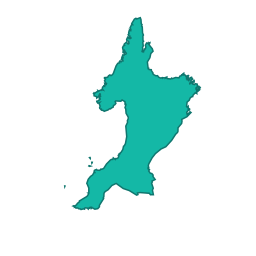 the district of Leyte, Leyte, Philippines, rotated 37°
{"feature_id": "2640588B34650846802583", "entity_name": "Leyte", "entity_type": "district", "adm_level": 2, "iso_a3": "PHL", "parent_name": "Philippines", "parent_adm1": "Leyte", "projection": "mercator", "projection_center": [124.645, 10.874], "detail": "fine", "context": "isolated", "style": "filled", "palette": "teal", "viewbox_px": 256, "rotation_deg": 37, "n_neighbors": 0, "source": "geoboundaries", "source_scale": "gbopen_adm2", "svg_char_len": 5700}
<svg xmlns="http://www.w3.org/2000/svg" viewBox="0 0 256 256"><g transform="rotate(37 128 128)"><path d="M188.4,166.0L184.9,162.9L184.4,160.9L180.1,157.9L179.9,156.5L179.1,155.9L180.7,152.8L177.1,151.7L176.4,150.5L174.4,150.0L173.1,150.7L170.4,149.9L170.2,148.3L169.4,148.2L169.0,148.6L168.6,148.5L168.5,148.3L168.3,148.2L168.0,147.6L168.0,146.8L167.0,146.1L166.2,144.2L165.2,137.2L165.3,132.0L167.0,124.9L169.5,120.2L170.3,111.5L169.8,104.4L170.2,101.8L169.9,100.6L167.8,97.7L168.1,92.1L167.0,90.0L165.7,88.8L168.3,83.5L169.0,77.7L167.8,77.8L167.7,77.9L167.8,78.2L167.8,77.8L168.1,77.9L168.1,78.1L167.3,80.2L168.1,81.6L167.4,81.9L165.4,80.1L165.5,77.7L166.2,76.6L165.9,75.8L165.0,75.8L164.6,76.5L163.0,74.5L162.8,75.7L161.9,75.7L159.6,71.8L160.2,68.9L159.6,66.8L160.0,64.8L160.8,64.0L160.2,62.7L160.5,59.6L162.1,59.1L161.2,58.6L161.2,58.1L160.5,58.1L161.0,57.9L160.7,57.4L161.5,57.6L162.0,55.3L161.3,56.0L160.5,56.4L158.8,56.0L158.2,55.1L158.6,53.1L156.8,51.3L155.0,52.2L154.9,53.4L153.2,54.0L152.6,52.4L151.6,52.1L151.0,53.7L151.5,53.4L152.0,53.6L150.7,54.6L150.8,55.5L151.5,55.8L151.0,55.7L150.3,55.1L150.7,53.3L149.7,52.4L149.9,51.3L149.7,50.9L149.7,50.4L148.5,49.3L147.4,50.3L148.0,51.8L147.7,52.9L148.5,54.1L147.0,53.0L146.2,53.9L145.0,53.2L145.3,52.7L146.6,53.0L146.6,52.1L146.0,51.5L144.6,51.5L144.5,52.6L143.0,50.6L143.7,51.6L143.4,52.0L141.4,51.3L140.7,51.9L139.6,50.7L139.2,52.0L139.9,52.7L138.8,53.3L139.1,54.1L138.2,55.3L138.5,57.3L135.7,58.9L133.8,61.8L132.8,61.9L132.7,63.1L129.5,65.0L128.6,64.8L128.9,64.5L128.5,64.2L128.2,64.9L128.1,64.3L127.0,66.0L125.5,66.9L125.5,67.4L125.0,67.2L124.2,68.4L121.9,69.0L120.1,68.4L118.9,69.5L116.8,69.9L115.1,69.7L114.8,69.0L112.3,68.2L111.5,67.4L109.7,68.6L108.9,68.4L108.6,68.0L108.3,68.4L103.7,63.6L103.2,58.7L101.4,54.8L101.8,51.6L99.7,50.1L95.0,48.9L93.9,47.7L94.4,47.4L94.1,46.7L93.5,47.6L93.6,48.3L92.9,47.9L93.0,48.6L91.7,48.9L92.0,51.5L93.5,52.5L94.1,54.1L93.7,54.9L94.2,55.4L93.9,56.2L94.5,57.6L93.8,57.4L93.6,58.5L93.2,58.5L92.2,55.9L91.0,54.8L90.8,53.3L88.2,50.6L88.2,49.3L87.4,49.2L86.6,48.2L84.5,45.5L84.4,44.5L82.4,43.3L78.5,38.6L77.6,38.5L76.9,36.9L75.9,36.8L73.1,33.6L71.4,32.5L69.3,35.7L68.3,35.6L67.6,37.2L68.1,42.3L69.5,42.7L68.7,43.3L69.3,46.6L71.0,47.7L70.1,48.3L71.4,48.8L70.4,49.7L71.3,51.7L72.1,52.1L71.9,53.3L73.0,54.0L74.1,53.5L74.3,54.3L75.8,54.0L76.2,54.5L75.3,55.1L75.7,55.4L75.1,55.9L73.1,55.7L73.6,58.1L74.5,58.9L76.4,58.4L77.9,60.0L77.7,60.7L77.1,60.9L75.1,60.3L74.5,63.2L74.8,64.0L75.5,64.1L74.9,65.5L75.3,67.1L77.5,69.0L78.2,68.0L79.3,68.5L79.0,69.7L78.2,70.1L78.6,70.7L79.4,70.6L80.5,69.0L81.7,69.3L81.8,70.5L80.8,71.1L81.0,72.3L79.9,72.6L80.5,74.9L81.2,74.3L81.8,74.8L80.9,75.4L81.4,77.1L82.2,76.4L83.6,77.4L82.5,78.5L82.6,79.4L81.9,79.0L81.2,79.3L81.3,80.7L81.9,81.3L80.9,82.5L81.1,85.5L83.5,93.5L83.3,95.5L82.9,96.4L81.6,96.5L81.0,98.0L81.2,99.8L78.9,101.9L79.3,102.5L80.6,102.5L80.8,104.4L82.3,105.0L82.7,106.3L83.3,106.4L83.2,105.8L83.5,105.1L83.6,106.1L83.9,106.1L83.5,105.4L84.1,105.5L84.0,106.2L83.6,106.4L84.0,106.5L84.2,106.1L84.4,106.4L83.9,106.8L83.0,106.8L83.8,107.5L83.2,108.8L83.6,109.1L83.9,108.7L84.2,108.7L84.3,108.8L83.5,109.2L83.1,110.6L83.8,112.2L85.1,112.6L84.3,112.8L84.3,113.7L83.6,113.7L82.4,116.1L81.6,116.2L82.2,116.6L82.0,117.2L81.5,117.3L80.4,120.6L79.7,120.4L79.7,121.3L80.7,121.5L81.5,122.7L84.0,121.9L85.0,122.9L85.5,120.8L84.9,117.7L85.3,117.5L86.2,118.4L85.9,119.3L86.9,119.4L86.2,120.8L87.5,121.0L87.5,121.5L87.9,121.2L88.5,121.9L87.8,124.3L86.9,125.4L87.3,125.8L89.0,126.3L90.1,124.6L90.1,125.8L92.6,127.3L93.1,128.9L93.7,129.3L95.1,129.5L95.4,129.0L96.1,129.7L98.0,128.8L98.9,129.0L101.2,125.6L101.7,123.7L102.6,123.2L102.7,122.0L103.6,120.4L102.9,118.7L103.5,117.3L103.5,115.6L101.8,114.6L101.9,113.8L106.2,110.9L106.4,109.2L109.7,108.8L111.2,110.6L111.4,110.1L112.3,110.6L113.4,113.6L114.7,114.1L117.6,117.4L121.7,119.2L122.7,120.7L123.0,122.4L124.3,123.9L125.1,127.8L132.2,135.7L135.3,141.9L135.7,144.2L135.4,145.3L136.8,148.3L137.1,151.5L136.5,154.1L137.1,153.9L136.9,155.9L137.5,155.9L138.1,157.6L137.6,159.0L136.6,159.8L136.8,160.8L134.2,160.7L134.7,162.3L133.6,163.1L133.2,164.4L132.5,169.7L132.9,174.9L131.9,176.8L131.1,177.0L130.9,178.8L128.7,180.3L127.8,180.0L126.7,181.9L126.9,182.9L128.2,183.5L127.6,183.9L128.0,186.8L127.2,189.3L127.1,192.9L128.4,197.0L129.8,197.7L129.5,198.1L129.9,197.8L132.8,199.5L135.8,203.5L135.4,203.9L135.9,203.9L136.3,205.0L136.4,207.3L133.1,215.5L133.6,216.1L132.9,218.9L133.2,220.2L132.2,222.6L131.5,222.7L131.2,223.3L132.5,222.9L132.9,223.5L133.2,222.9L134.6,223.3L136.0,222.1L137.2,222.2L138.7,221.3L139.5,221.4L141.0,219.5L142.1,219.0L141.6,218.3L142.0,217.4L143.8,216.4L145.1,216.7L145.0,215.8L146.0,214.6L145.3,214.5L145.8,213.9L146.6,213.3L147.1,214.0L147.2,213.3L150.4,212.8L152.4,210.6L152.6,208.1L151.7,207.0L151.0,199.0L150.3,198.7L150.1,197.5L148.1,194.6L148.0,192.6L149.3,189.2L149.7,183.6L151.9,179.4L160.6,179.2L166.7,177.2L175.3,176.4L176.0,175.2L174.6,174.2L176.5,172.3L184.3,167.3L186.1,167.8L188.4,166.0ZM159.4,52.1L158.3,52.6L158.8,53.4L158.3,55.0L159.1,56.0L160.6,56.2L162.0,54.8L161.5,53.9L160.7,54.3L161.3,53.4L159.9,53.0L159.4,52.1ZM121.0,181.0L119.6,181.5L119.6,181.9L120.4,181.8L121.0,181.0ZM150.2,50.0L149.3,49.8L149.8,50.3L150.0,51.1L150.2,50.0ZM115.4,174.4L115.1,174.8L116.2,175.1L116.0,174.7L115.4,174.4ZM160.7,52.1L160.5,52.8L161.2,52.7L161.3,52.2L160.7,52.1ZM153.0,51.2L152.2,50.2L152.0,50.4L152.4,51.3L153.0,51.2ZM168.4,147.4L168.1,147.7L169.0,148.5L168.6,148.0L168.4,147.4ZM144.8,49.7L144.4,49.8L144.2,50.3L145.0,50.5L144.8,49.7ZM120.1,176.9L119.7,177.2L120.3,177.8L120.3,177.3L120.1,176.9ZM112.7,212.7L112.6,212.3L112.4,212.4L112.7,212.7Z" fill="#14b8a6" stroke="#0f766e" stroke-width="1.5"/></g></svg>